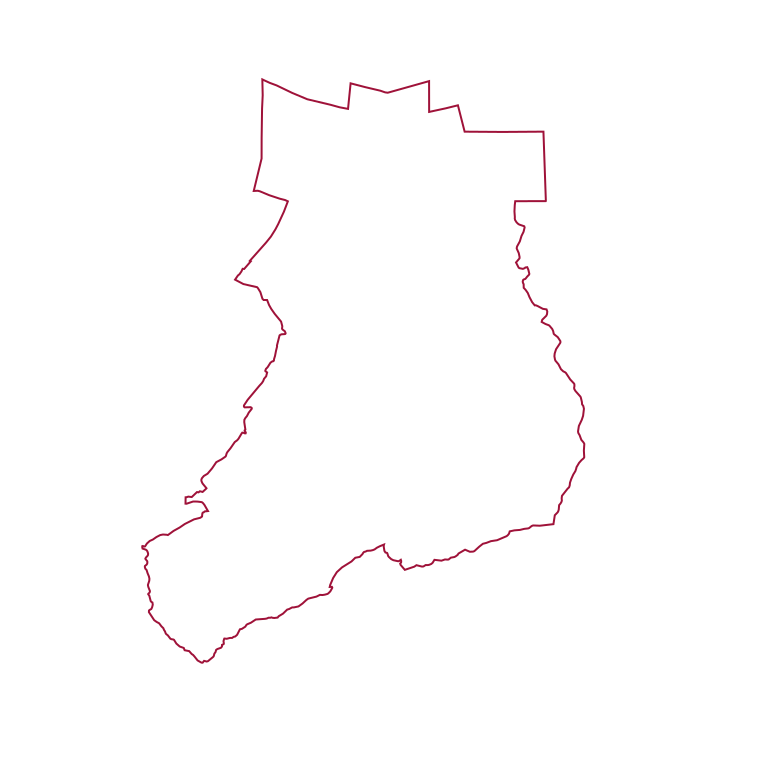 Gornet, Prahova, Romania (Mercator projection), rotated 190°
{"feature_id": "2599482B23838810284079", "entity_name": "Gornet", "entity_type": "district", "adm_level": 2, "iso_a3": "ROU", "parent_name": "Romania", "parent_adm1": "Prahova", "projection": "mercator", "projection_center": [26.087, 45.131], "detail": "fine", "context": "isolated", "style": "outline", "palette": "rose", "viewbox_px": 768, "rotation_deg": 190, "n_neighbors": 0, "source": "geoboundaries", "source_scale": "gbopen_adm2", "svg_char_len": 6136}
<svg xmlns="http://www.w3.org/2000/svg" viewBox="0 0 768 768"><g transform="rotate(190 384 384)"><path d="M496.1,403.3L495.8,402.3L496.1,398.1L496.2,392.6L496.6,389.5L496.5,387.9L497.0,387.2L497.8,387.0L499.5,385.3L501.5,380.4L502.9,378.3L503.2,376.4L503.0,376.0L501.1,375.1L501.4,371.1L503.0,368.4L503.5,365.9L504.4,363.8L506.5,360.5L515.5,344.8L518.2,338.6L518.0,337.4L517.2,336.8L511.3,338.0L510.3,337.6L510.0,337.2L510.0,336.5L512.2,332.4L513.4,328.6L514.7,326.3L515.3,324.5L515.0,322.2L512.6,315.0L513.2,314.2L513.2,313.8L511.7,312.3L511.7,311.4L512.3,311.2L513.6,311.5L515.1,311.5L515.6,310.6L517.8,304.8L518.8,303.1L520.9,300.9L524.0,294.1L526.4,289.8L526.9,288.4L527.2,285.7L527.5,285.0L530.9,281.6L535.6,277.9L538.7,271.0L542.2,265.0L545.5,262.1L546.9,259.7L547.2,258.5L547.2,257.8L547.0,256.9L546.2,255.6L545.4,254.5L540.7,250.5L540.9,250.1L543.9,246.2L546.7,246.4L547.8,245.1L549.4,245.1L553.7,239.3L557.2,239.1L558.6,238.3L559.7,238.0L558.7,231.7L557.7,231.8L551.6,235.1L547.4,235.8L543.5,236.0L542.6,235.9L541.6,235.3L539.9,233.8L535.3,228.3L538.4,227.4L539.3,226.3L540.2,225.8L540.4,224.8L540.2,221.9L541.0,221.0L541.8,220.3L547.6,217.7L555.8,211.6L560.3,207.2L565.7,202.8L570.6,197.7L571.7,197.8L575.5,197.4L578.1,196.4L581.5,193.8L584.6,190.7L587.5,188.7L589.8,185.7L591.1,182.6L591.8,182.3L593.4,182.6L593.9,182.3L593.7,181.2L593.2,180.0L589.8,179.5L588.7,178.9L587.9,178.0L586.9,176.2L586.7,174.7L587.1,173.6L588.3,171.8L588.7,170.6L588.5,170.2L586.5,168.5L586.1,167.6L586.0,166.0L586.4,164.9L587.8,163.3L587.8,162.4L587.0,160.7L585.6,159.7L585.2,159.0L583.9,156.5L582.1,153.7L581.2,151.5L581.0,149.4L581.6,145.3L581.5,144.7L580.8,143.1L578.6,139.5L578.5,138.7L578.7,137.8L579.7,136.5L579.7,136.0L578.4,134.8L576.1,129.8L575.4,129.1L574.1,128.6L573.4,126.5L573.6,123.8L574.1,122.0L575.7,120.7L576.1,120.1L575.9,118.5L569.3,111.5L566.6,110.2L563.9,109.3L561.1,106.7L558.9,105.2L558.0,103.7L556.7,102.3L555.8,100.7L555.2,100.0L553.2,98.9L550.2,96.1L549.2,95.8L547.0,95.8L546.4,95.6L543.4,92.3L539.6,90.0L535.4,89.3L534.1,87.2L529.5,87.1L526.5,84.7L524.9,84.0L523.4,82.8L519.6,79.4L515.7,78.0L514.8,77.9L514.2,78.1L513.1,80.1L510.4,79.9L509.2,80.5L504.7,85.8L504.4,86.6L504.2,89.1L503.4,90.6L503.1,93.1L502.0,94.1L498.8,95.9L498.0,97.3L498.2,99.0L496.8,99.9L496.7,100.8L497.4,102.9L497.2,105.0L497.0,105.6L494.6,105.8L491.8,107.1L489.4,107.6L488.3,108.8L486.7,109.5L485.1,111.5L483.3,117.4L481.4,118.2L478.4,121.0L477.8,122.6L477.0,123.6L473.6,125.8L469.4,129.8L460.3,132.1L458.7,132.7L457.1,133.8L455.3,134.1L454.4,134.6L453.1,134.4L451.5,134.5L448.2,135.5L447.4,137.0L443.6,140.3L440.2,145.0L438.4,145.9L435.7,148.0L433.8,148.4L429.6,150.1L426.1,153.7L422.9,157.9L421.3,159.5L413.6,162.9L410.5,165.2L407.9,165.5L405.6,166.3L403.3,167.4L402.5,168.1L400.9,170.4L399.6,174.0L399.6,174.6L400.1,175.2L402.2,174.7L402.1,176.7L400.4,184.1L397.8,190.5L393.5,196.1L385.2,203.6L382.1,207.9L377.9,209.5L375.7,212.7L375.1,214.3L374.4,215.2L373.0,215.8L371.7,216.8L368.2,217.6L366.1,218.5L364.5,219.5L362.6,221.5L359.8,223.6L356.1,225.9L356.2,224.6L355.9,223.4L354.6,219.7L353.3,218.3L351.7,218.2L351.3,217.8L350.0,215.3L349.3,214.6L346.5,212.8L344.2,212.1L339.3,211.9L338.4,212.3L336.9,213.8L336.4,212.9L336.2,211.8L336.2,211.1L336.9,210.0L336.2,208.7L331.2,204.6L322.4,209.4L320.6,211.2L315.0,210.8L313.9,211.0L313.2,211.4L311.6,212.9L309.0,213.4L307.9,213.9L306.2,215.0L305.1,216.3L303.8,219.6L296.7,220.0L293.5,221.8L290.8,222.1L289.9,222.4L288.0,224.6L284.7,225.8L283.6,226.6L281.8,228.5L281.2,230.0L275.4,234.9L270.3,233.7L267.2,234.4L266.0,235.1L262.0,240.3L258.9,243.8L255.6,245.3L251.4,247.8L245.5,249.8L236.9,255.4L235.9,256.5L234.9,258.3L234.6,260.7L230.2,262.5L224.8,263.9L220.7,265.7L217.0,266.8L216.1,267.3L213.9,269.8L212.6,270.6L205.9,271.5L192.8,275.4L193.0,284.4L190.7,287.8L190.3,289.0L190.1,290.7L190.5,295.1L189.4,297.0L188.8,298.6L188.6,300.0L189.2,302.4L189.3,304.8L185.0,312.8L183.8,314.4L183.5,316.4L183.7,319.1L183.1,322.9L181.9,327.7L180.4,331.5L180.0,334.3L180.0,335.4L178.2,340.2L176.3,343.3L174.5,345.5L174.1,346.7L175.6,353.1L176.3,359.6L176.5,360.1L177.6,361.3L180.0,363.3L182.5,367.6L184.0,369.3L184.5,370.4L184.7,371.2L184.8,376.5L183.0,383.1L182.4,387.2L182.8,394.3L183.9,396.9L185.4,398.4L186.0,400.7L187.7,404.6L188.3,405.6L194.2,410.3L195.6,411.9L196.1,413.1L196.1,415.0L196.5,416.9L197.0,417.5L201.4,420.8L206.8,426.5L207.7,427.0L209.7,427.6L212.3,429.3L215.6,433.7L219.3,436.8L219.9,437.9L221.0,440.9L221.2,443.7L220.6,448.1L217.6,455.0L217.5,455.9L217.8,456.9L221.0,460.3L225.1,462.5L225.6,463.0L226.6,465.5L227.9,467.4L231.0,470.0L231.9,470.5L235.3,471.1L239.5,472.5L239.4,474.4L239.2,474.9L236.0,479.4L235.6,481.1L235.8,483.8L236.9,485.7L240.6,485.6L246.4,487.5L248.3,487.9L249.2,487.6L252.3,490.3L255.8,494.8L258.2,498.6L260.9,501.3L263.1,503.0L263.8,506.5L264.8,507.9L265.2,509.2L265.0,510.7L264.7,511.1L263.0,512.1L261.6,514.7L260.1,516.9L260.0,517.7L261.7,521.6L263.2,523.9L265.0,523.3L265.6,522.5L267.2,521.5L270.8,521.6L271.6,522.0L275.1,526.6L272.4,531.2L272.5,532.5L274.0,536.3L276.6,540.1L276.9,540.7L276.9,542.0L276.8,542.7L275.0,548.0L274.3,553.7L273.0,558.1L272.7,562.6L273.3,563.7L278.5,564.5L279.9,565.1L281.6,566.3L283.4,568.3L284.0,569.8L284.1,571.0L285.5,576.6L286.3,583.0L286.5,586.8L256.5,592.2L256.5,592.9L270.8,660.2L311.1,652.8L348.4,646.5L359.6,671.3L371.1,666.2L386.8,659.8L392.2,690.1L430.9,671.5L433.5,671.4L438.5,672.2L454.1,673.1L469.1,674.3L467.2,648.7L475.7,648.8L485.3,649.7L509.0,651.1L524.9,654.7L541.6,659.4L548.7,660.7L556.7,662.8L553.6,647.3L551.9,634.0L547.2,604.9L543.7,584.8L545.8,551.5L541.8,552.4L539.6,552.2L529.8,550.0L518.9,548.4L513.4,548.0L510.4,547.2L512.5,536.3L516.0,523.0L517.8,517.4L521.0,509.5L524.7,502.8L537.5,482.0L536.5,481.7L541.7,473.0L543.2,472.9L544.0,470.0L545.4,467.0L546.7,465.5L548.8,460.9L539.8,458.0L525.8,457.3L524.8,456.5L521.7,453.0L518.5,446.8L517.1,445.8L513.7,446.4L510.9,441.8L508.1,438.4L503.8,434.1L496.2,427.6L494.2,423.3L494.0,420.7L493.3,420.0L490.8,418.7L489.8,417.1L489.7,416.6L490.0,416.1L490.8,415.8L493.4,415.2L494.6,414.5L495.3,413.7L496.1,403.3Z" fill="none" stroke="#9f1239" stroke-width="2"/></g></svg>